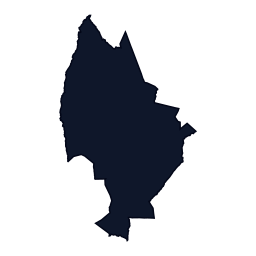 Murehwa, Mashonaland East, Zimbabwe
{"feature_id": "62879985B35130574204282", "entity_name": "Murehwa", "entity_type": "district", "adm_level": 2, "iso_a3": "ZWE", "parent_name": "Zimbabwe", "parent_adm1": "Mashonaland East", "projection": "equal_earth", "projection_center": [31.759, -17.8], "detail": "fine", "context": "isolated", "style": "filled", "palette": "ink", "viewbox_px": 256, "rotation_deg": 0, "n_neighbors": 0, "source": "geoboundaries", "source_scale": "gbopen_adm2", "svg_char_len": 5654}
<svg xmlns="http://www.w3.org/2000/svg" viewBox="0 0 256 256"><path d="M68.1,161.5L73.6,156.4L81.3,154.4L84.8,156.0L93.9,163.4L93.6,167.0L93.9,168.0L93.9,168.9L94.3,169.7L94.1,171.0L94.4,172.2L94.4,173.0L94.6,173.8L94.6,175.3L94.9,176.7L94.8,178.5L95.1,179.1L105.6,178.9L105.0,179.9L105.2,184.8L108.5,191.7L110.2,195.2L111.8,200.5L111.6,201.8L111.3,202.2L111.1,203.0L110.5,205.0L110.4,205.8L109.4,207.4L109.6,208.8L109.5,209.8L109.5,210.5L109.7,210.8L110.1,212.8L105.5,216.6L101.5,220.0L95.6,223.3L105.7,230.8L105.7,230.7L109.5,233.7L109.2,235.9L110.0,235.8L110.7,235.0L111.1,234.3L111.7,234.4L113.8,235.0L114.6,234.6L115.3,234.5L117.1,235.9L118.0,235.9L118.3,236.1L118.6,236.1L118.8,235.8L118.9,235.5L119.2,235.3L119.6,235.3L119.9,235.5L120.5,235.3L121.1,235.8L121.4,236.4L121.6,236.5L122.9,236.9L123.3,237.2L124.2,237.5L125.9,238.4L126.9,239.3L127.2,240.0L127.3,240.3L127.2,240.6L127.3,240.6L127.6,240.1L127.6,239.8L127.7,239.6L127.8,239.1L127.6,238.0L127.8,237.0L127.6,236.0L127.8,234.9L128.1,233.8L127.8,233.0L128.1,232.5L128.2,231.6L128.6,230.8L128.5,230.6L128.0,229.7L128.0,229.0L128.5,228.3L129.8,225.9L129.8,225.7L129.8,225.4L129.6,224.8L129.6,224.3L129.7,223.9L129.7,223.6L129.2,220.9L129.3,220.1L129.1,219.5L128.7,219.2L128.7,218.0L128.5,217.5L129.9,217.3L132.0,217.7L139.5,217.6L144.4,217.9L147.6,217.8L152.6,218.0L154.2,218.1L153.5,213.0L153.0,208.2L149.7,203.0L149.0,201.4L149.7,201.1L150.3,200.7L151.2,198.9L152.4,198.0L153.1,197.0L155.0,195.3L155.4,194.7L155.8,194.5L156.6,194.6L156.8,194.4L157.5,193.0L157.5,192.2L158.1,191.8L158.4,191.9L158.6,191.8L159.7,190.3L160.6,189.3L160.9,189.2L161.2,188.9L161.6,187.9L162.1,187.3L162.4,186.8L163.3,186.2L163.7,185.2L164.1,184.5L164.2,183.4L164.4,182.8L165.4,181.9L165.9,181.0L166.3,180.8L166.7,180.0L167.1,179.8L169.7,176.8L172.2,173.2L173.6,170.9L174.2,170.6L176.1,168.1L177.9,166.1L179.0,165.3L180.3,163.7L181.0,162.6L181.6,162.3L182.3,162.1L182.9,161.7L182.9,161.0L182.6,159.7L182.4,158.7L182.9,158.1L182.8,157.6L182.7,157.4L182.0,157.1L181.6,156.8L181.5,156.3L181.5,155.6L182.1,154.9L182.1,154.0L182.6,153.1L182.3,152.1L182.1,149.5L181.9,147.6L182.3,146.3L182.8,145.2L183.1,143.8L183.4,143.6L183.6,143.3L183.6,142.9L183.3,142.3L183.3,140.8L182.9,139.9L183.1,139.3L183.5,139.0L183.9,139.0L184.4,138.6L184.7,138.2L185.0,137.3L185.4,136.9L186.0,137.0L186.5,136.6L188.2,135.6L190.0,135.4L191.0,133.6L191.3,133.4L193.1,133.2L193.3,133.5L193.5,133.5L193.6,133.4L193.9,132.7L194.1,132.4L195.0,131.8L195.5,131.7L195.9,131.3L187.1,123.4L180.2,129.1L180.1,122.2L177.9,121.5L174.8,116.9L176.9,113.1L178.1,110.8L178.8,108.6L174.8,107.8L154.5,102.8L154.2,100.6L155.1,99.1L155.2,98.2L155.1,97.6L155.5,97.2L155.8,96.7L155.7,95.9L155.3,95.5L155.3,95.3L155.2,94.7L155.4,93.7L155.9,93.4L156.3,92.8L156.3,92.5L156.1,92.0L156.2,90.9L157.0,89.8L157.6,89.6L157.6,89.1L154.8,86.5L147.2,83.0L144.8,82.5L144.6,82.4L144.0,81.5L143.7,80.3L142.7,78.4L141.2,73.7L132.0,49.4L130.5,45.6L126.2,33.9L125.4,32.0L120.1,43.9L120.9,47.7L120.2,47.5L119.4,47.7L118.6,47.5L118.2,47.8L117.5,47.7L116.3,47.1L115.9,47.1L115.6,47.3L115.4,48.1L115.1,48.7L114.5,48.9L113.7,48.7L113.0,48.3L110.9,46.1L109.2,45.0L108.2,43.9L107.8,43.7L107.4,42.9L106.8,42.5L105.8,42.5L105.6,41.9L105.3,41.5L105.2,40.2L104.9,39.8L104.3,39.8L103.3,39.1L103.0,39.1L102.9,39.2L102.2,39.9L101.9,39.3L101.6,38.5L101.7,37.6L101.1,36.8L100.4,35.1L100.0,34.5L99.5,32.8L99.0,31.8L98.6,31.3L97.8,30.6L96.9,29.0L96.5,28.9L95.8,28.2L95.7,27.8L96.0,27.4L96.0,27.1L95.8,26.8L95.3,26.6L94.4,25.3L94.0,25.2L93.4,24.4L92.7,23.9L92.3,22.9L91.3,22.1L90.4,20.4L89.7,19.5L89.1,19.2L89.1,18.7L89.3,18.4L89.5,17.6L90.2,16.5L90.5,15.4L89.4,15.4L88.9,15.7L88.5,16.6L87.9,16.6L87.6,16.8L87.3,16.8L87.1,17.5L86.7,17.9L85.9,19.9L84.9,19.7L84.3,20.0L84.1,20.4L83.2,21.5L83.1,22.7L82.9,23.7L81.5,25.0L80.8,26.5L80.0,27.2L79.3,27.5L79.0,27.9L79.3,28.5L79.4,29.2L79.7,29.7L80.1,30.0L80.4,31.1L80.8,31.8L80.8,32.2L80.6,32.4L79.8,32.4L79.5,32.3L79.2,32.0L78.9,32.0L78.6,32.7L78.6,34.0L78.4,34.2L78.4,35.6L78.7,36.4L78.4,37.2L78.8,37.4L78.9,37.7L78.9,38.7L78.7,39.5L77.5,41.2L77.4,41.5L77.7,42.2L77.6,43.1L77.9,44.0L77.8,45.2L77.4,46.2L77.6,46.8L77.6,47.2L77.5,47.6L77.2,48.0L77.1,48.4L77.2,48.9L76.7,49.9L75.6,51.1L75.5,51.9L75.2,52.6L74.5,53.5L74.1,53.7L73.1,55.0L72.5,56.8L72.5,57.4L72.5,57.7L73.3,58.4L73.4,58.9L72.8,59.6L72.0,60.4L71.7,60.9L71.5,62.3L71.3,63.2L70.9,63.5L70.8,63.8L70.5,65.4L69.8,66.3L69.5,67.0L69.3,67.3L68.2,68.8L66.0,72.4L66.4,73.4L66.2,73.7L65.7,74.4L65.7,74.8L66.1,75.6L66.0,76.0L66.2,76.5L66.3,77.1L66.0,78.9L65.7,79.9L65.3,80.9L65.0,81.9L64.6,82.7L64.6,83.1L64.8,84.0L64.8,86.1L64.4,87.3L64.2,88.4L64.3,88.8L64.6,89.1L64.7,89.3L64.4,90.2L64.4,91.3L64.5,91.7L64.9,92.4L64.0,92.9L63.5,93.3L63.1,94.1L62.5,96.0L62.4,96.1L61.9,96.0L61.9,97.1L61.2,98.7L61.2,99.8L60.9,101.9L61.4,102.4L61.3,103.1L61.5,103.9L61.7,105.4L61.3,107.3L60.5,109.6L60.1,112.2L60.1,112.8L60.5,113.4L60.8,114.4L60.5,115.0L60.5,115.3L60.9,116.0L60.9,117.0L60.8,117.3L60.1,118.5L60.4,118.9L60.5,119.3L60.5,119.8L60.6,120.2L61.1,120.0L61.3,120.5L61.8,120.8L62.1,121.4L62.3,121.5L62.7,122.3L63.1,122.3L63.3,122.4L63.3,123.9L62.8,125.0L62.7,126.0L63.0,126.0L63.3,126.7L63.8,127.0L64.1,127.0L64.1,129.4L64.7,131.1L64.7,131.6L64.6,131.9L64.5,132.4L64.8,133.1L64.7,133.8L64.3,134.4L64.3,134.7L64.6,135.3L64.6,136.2L64.8,136.6L65.5,137.3L65.7,138.0L66.1,138.9L66.1,139.5L65.7,139.9L65.5,140.7L65.5,141.4L65.7,142.3L65.9,142.9L65.7,143.7L65.8,146.2L65.9,146.8L66.4,147.5L66.5,148.0L66.5,150.7L66.7,151.0L66.9,152.0L67.1,152.5L67.3,153.8L67.5,154.6L68.1,155.6L68.1,155.9L67.8,156.5L67.9,157.6L67.7,158.2L67.8,158.6L67.9,159.1L67.9,161.4L68.1,161.5Z" fill="#0f172a" stroke="#020617" stroke-width="1.5"/></svg>